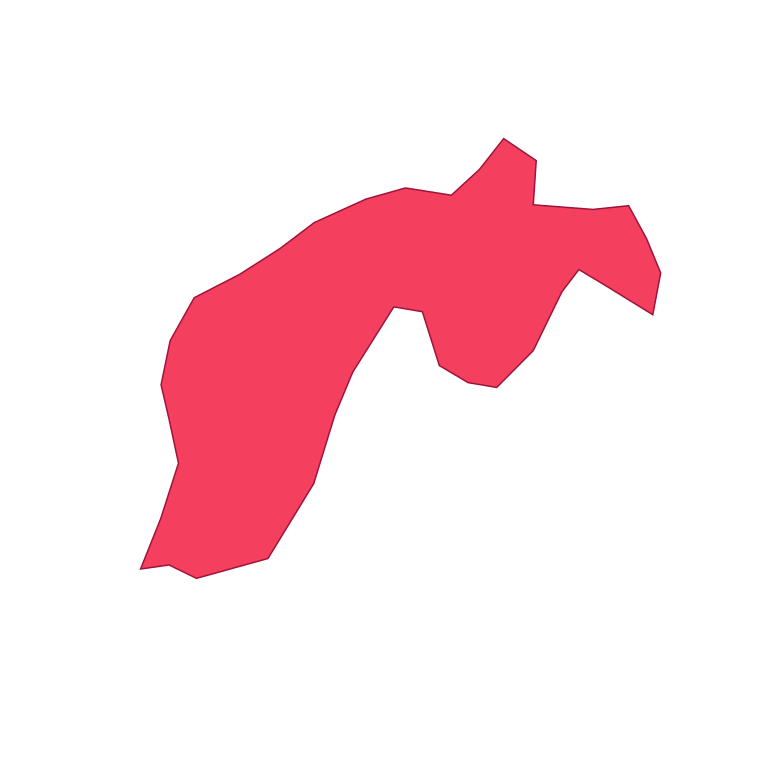 Beïkioï, Cyprus, rotated 206°
{"feature_id": "46923920B35066056619311", "entity_name": "Beïkioï", "entity_type": "district", "adm_level": 2, "iso_a3": "CYP", "parent_name": "Cyprus", "parent_adm1": "", "projection": "robinson", "projection_center": [33.505, 35.246], "detail": "fine", "context": "isolated", "style": "filled", "palette": "rose", "viewbox_px": 768, "rotation_deg": 206, "n_neighbors": 0, "source": "geoboundaries", "source_scale": "gbopen_adm2", "svg_char_len": 627}
<svg xmlns="http://www.w3.org/2000/svg" viewBox="0 0 768 768"><g transform="rotate(206 384 384)"><path d="M211.7,629.7L242.3,651.5L272.9,632.4L328.4,610.5L345.1,651.5L384.0,657.0L392.3,618.7L406.2,583.2L450.7,569.6L481.3,542.3L517.4,498.6L536.8,460.3L561.8,419.3L592.4,378.4L595.2,329.2L584.0,285.5L561.8,258.2L534.0,222.7L525.7,165.3L521.7,111.0L497.9,127.1L467.4,127.1L411.8,176.3L403.5,263.7L414.6,334.7L417.3,381.1L409.0,457.6L381.2,465.8L342.3,424.8L309.0,422.1L281.2,430.3L264.5,479.4L264.5,545.0L259.0,572.3L228.4,569.6L172.8,564.1L184.0,605.1L211.7,629.7Z" fill="#f43f5e" stroke="#9f1239" stroke-width="1.5"/></g></svg>